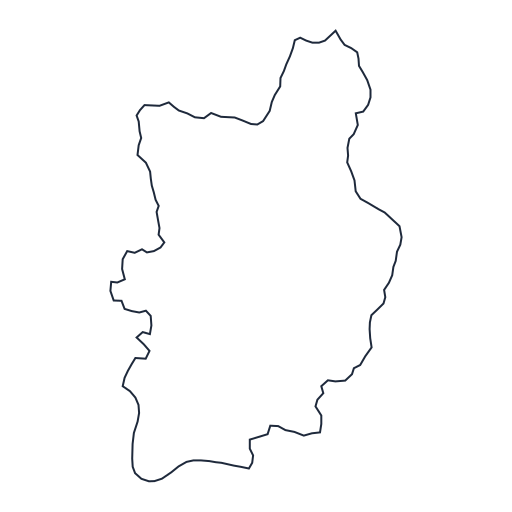 Guatambú, Santa Catarina, Brazil
{"feature_id": "56859067B99380282166961", "entity_name": "Guatambú", "entity_type": "district", "adm_level": 2, "iso_a3": "BRA", "parent_name": "Brazil", "parent_adm1": "Santa Catarina", "projection": "robinson", "projection_center": [-52.789, -27.112], "detail": "fine", "context": "isolated", "style": "outline", "palette": "slate", "viewbox_px": 512, "rotation_deg": 0, "n_neighbors": 0, "source": "geoboundaries", "source_scale": "gbopen_adm2", "svg_char_len": 2215}
<svg xmlns="http://www.w3.org/2000/svg" viewBox="0 0 512 512"><path d="M122.7,386.2L130.0,391.2L135.4,397.6L138.5,404.9L139.1,413.0L137.6,421.6L133.9,432.9L132.6,443.9L132.4,451.3L132.2,458.6L132.7,466.8L135.1,473.2L141.4,478.8L149.0,481.3L154.5,481.1L161.9,478.7L171.3,472.3L178.6,466.4L186.5,461.9L193.4,460.4L200.9,460.4L209.4,461.1L215.7,462.2L221.4,462.8L233.8,465.6L240.7,466.8L248.9,468.5L252.2,462.8L253.1,455.4L249.8,448.7L249.8,439.6L267.6,434.2L270.3,425.7L278.2,426.1L285.4,430.1L294.4,431.9L303.8,435.6L311.9,433.3L320.0,432.4L321.3,424.0L321.3,415.5L315.5,406.4L317.4,399.7L323.3,393.2L321.3,386.2L327.9,380.3L335.4,381.4L345.2,380.6L352.0,374.2L353.9,368.2L360.2,365.0L365.3,356.2L371.6,347.4L370.2,338.2L369.6,329.1L369.9,322.4L371.4,315.2L377.2,309.7L383.5,303.5L385.3,297.2L384.1,289.9L388.9,282.8L392.2,275.3L393.4,266.9L395.7,260.9L397.0,251.7L400.3,244.7L401.6,237.2L399.5,226.2L384.7,212.5L378.7,209.3L368.1,203.0L360.5,198.8L355.7,191.3L354.5,180.4L351.2,171.3L347.2,162.4L348.1,155.6L347.5,147.9L349.3,138.7L353.7,134.2L357.8,125.0L355.8,113.3L363.2,111.6L368.1,104.9L370.5,97.4L370.5,89.7L367.2,80.1L362.7,72.0L359.0,65.9L358.5,58.6L357.2,52.3L351.2,48.1L344.6,44.9L340.6,39.5L335.6,30.7L325.0,40.6L318.9,42.7L312.5,42.7L306.2,40.6L300.2,37.7L294.8,40.2L292.9,48.1L289.9,56.4L286.3,64.3L283.9,71.0L280.5,78.0L280.2,86.4L274.8,95.0L271.8,102.0L269.7,110.9L263.1,121.1L257.3,124.5L251.0,124.0L242.3,120.4L234.7,117.5L221.0,116.8L211.1,113.0L204.0,118.2L194.9,117.3L187.3,113.4L178.8,110.5L174.0,106.9L168.8,102.4L159.5,105.8L144.5,105.1L140.0,110.1L136.6,115.5L138.7,121.5L139.6,131.3L141.2,138.0L138.7,145.2L137.5,155.0L145.9,162.7L150.1,171.6L150.8,178.6L151.8,185.6L153.8,192.4L155.6,199.8L158.7,205.9L156.6,211.9L158.0,219.9L159.5,228.1L158.6,234.7L164.3,242.4L160.5,247.5L153.9,251.1L146.9,252.4L142.0,249.3L134.7,252.8L127.2,251.1L122.7,259.2L122.1,269.0L124.8,279.3L117.3,282.5L111.2,281.8L110.4,290.9L113.7,300.5L121.5,300.8L124.6,308.9L131.8,311.1L139.3,312.5L145.9,310.7L150.7,315.9L151.4,325.5L149.9,334.1L142.7,332.1L136.6,337.5L143.8,344.3L149.5,350.9L145.7,358.7L135.4,358.0L131.8,363.9L127.9,370.8L124.6,377.8L122.7,386.2Z" fill="none" stroke="#1e293b" stroke-width="2"/></svg>